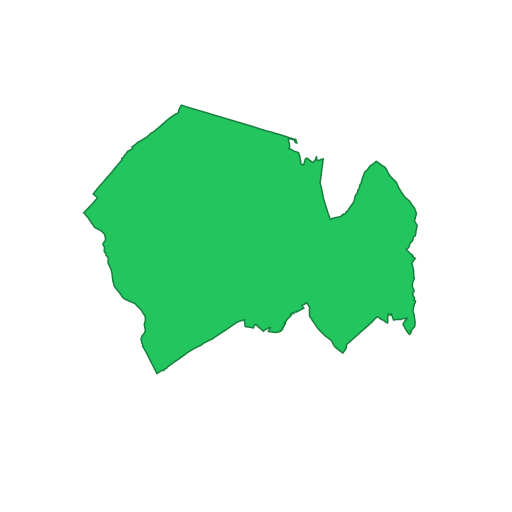 the district of Preutesti, Suceava, Romania, rotated 224°
{"feature_id": "2599482B63843980384548", "entity_name": "Preutesti", "entity_type": "district", "adm_level": 2, "iso_a3": "ROU", "parent_name": "Romania", "parent_adm1": "Suceava", "projection": "mercator", "projection_center": [26.401, 47.454], "detail": "fine", "context": "isolated", "style": "filled", "palette": "green", "viewbox_px": 512, "rotation_deg": 224, "n_neighbors": 0, "source": "geoboundaries", "source_scale": "gbopen_adm2", "svg_char_len": 6093}
<svg xmlns="http://www.w3.org/2000/svg" viewBox="0 0 512 512"><g transform="rotate(224 256 256)"><path d="M275.1,372.5L276.2,371.0L276.8,368.9L279.1,367.1L280.9,369.2L281.4,369.2L280.3,367.0L280.1,366.2L280.1,364.8L279.9,362.9L281.2,362.5L287.4,361.8L287.9,360.1L285.0,354.6L287.8,353.3L289.6,355.2L291.8,356.5L294.2,358.5L295.2,358.6L295.6,359.2L297.2,359.8L298.1,359.6L301.6,357.7L303.0,357.4L303.9,357.4L305.5,356.8L306.9,355.9L307.1,356.0L307.3,357.0L307.8,358.0L308.6,358.8L310.4,360.2L312.3,361.3L314.0,362.7L314.0,362.9L313.6,363.3L312.3,364.3L308.8,366.1L306.9,365.1L305.6,365.3L305.1,365.7L305.3,365.9L306.4,366.2L307.6,367.1L308.4,367.5L308.7,367.4L309.5,366.6L324.2,359.4L327.4,357.6L331.8,355.4L335.0,353.4L350.8,345.6L377.4,331.7L378.9,331.1L381.4,329.6L390.7,324.9L404.9,317.4L406.8,316.5L414.5,312.6L414.1,311.0L413.0,307.6L411.9,306.0L411.4,305.0L411.7,304.0L412.3,302.7L413.7,296.5L414.4,290.9L415.3,279.9L416.1,273.3L416.7,272.2L416.9,271.4L416.9,269.8L417.2,265.1L417.6,264.2L419.0,258.5L419.9,256.4L419.9,255.2L420.2,252.9L420.9,248.1L419.4,247.6L420.1,244.5L420.8,243.3L421.0,242.2L420.9,240.8L420.5,239.7L420.4,239.1L420.5,237.0L419.9,235.9L419.9,235.4L420.2,233.6L420.4,233.1L419.2,231.7L419.1,231.3L418.5,220.4L418.1,217.6L417.7,211.7L417.8,209.8L417.4,205.0L416.9,194.6L416.2,187.5L410.4,187.9L410.0,180.3L409.9,170.6L410.0,169.3L409.8,167.3L408.8,167.6L406.9,167.1L404.0,167.0L395.2,165.1L392.1,164.6L390.8,164.8L386.0,166.2L384.3,166.5L380.4,166.5L378.2,165.4L375.8,163.4L375.4,162.9L375.0,161.6L375.0,160.0L374.4,158.2L373.6,157.8L372.6,157.6L371.2,157.0L369.6,155.3L369.3,155.1L368.3,153.7L366.0,153.5L365.3,153.2L364.3,152.4L361.4,152.2L360.6,151.7L358.1,148.6L356.6,147.8L350.9,145.7L347.3,143.3L341.6,138.6L341.1,138.4L337.4,136.0L333.5,135.3L327.2,134.5L323.6,133.6L322.0,133.6L320.3,133.9L310.0,137.7L306.8,137.5L302.0,137.6L293.6,135.5L290.9,132.9L290.1,131.5L289.3,129.7L288.9,129.2L284.0,125.7L283.5,124.7L283.0,123.7L282.5,121.4L282.5,119.7L282.2,118.7L281.5,117.2L281.0,116.4L277.8,114.2L276.4,113.8L275.7,113.5L275.4,113.0L275.4,112.6L267.0,110.0L245.6,102.6L244.1,108.4L243.9,108.7L243.3,109.0L242.8,110.0L243.1,111.4L242.3,113.1L242.6,114.3L241.5,121.3L239.9,128.5L238.2,138.6L238.1,139.5L235.9,147.6L235.3,148.9L234.8,150.6L233.9,152.6L233.5,153.9L233.1,156.8L231.5,161.6L230.5,164.3L229.9,165.3L229.2,169.3L226.9,179.4L223.8,194.4L223.2,196.1L222.4,197.9L220.0,202.0L218.0,200.3L214.7,197.7L211.8,199.9L207.9,202.4L208.7,204.0L208.8,206.8L203.6,206.6L203.2,206.9L198.4,207.0L198.3,208.4L198.0,209.8L196.8,213.5L196.1,214.6L195.9,214.7L195.7,214.6L195.0,210.6L194.8,210.3L194.6,210.3L189.9,213.7L188.9,214.6L187.0,216.7L186.8,218.3L185.9,219.0L185.9,219.5L186.3,219.8L186.4,220.2L186.3,220.6L185.9,221.7L186.0,221.9L186.3,221.8L186.7,221.9L186.7,222.5L186.8,222.8L187.0,223.0L186.8,223.7L187.4,224.1L187.4,224.3L187.1,224.5L187.2,225.0L187.8,225.7L187.8,226.1L187.6,226.4L187.6,226.8L187.8,227.2L187.7,227.5L187.7,227.9L189.1,227.8L189.5,227.9L189.5,228.4L188.9,228.8L189.0,230.2L189.5,231.7L189.4,232.2L189.6,234.0L189.5,234.8L189.3,235.3L189.4,235.7L189.6,236.0L189.6,236.4L189.5,237.2L189.5,237.6L190.3,237.6L190.5,237.7L190.6,237.9L190.5,238.2L189.9,238.5L190.0,239.1L190.6,239.9L190.6,240.2L190.5,240.3L189.1,240.5L189.0,241.5L188.4,244.5L187.9,244.1L185.3,251.6L188.7,252.3L187.1,256.5L187.6,256.7L187.0,257.6L186.6,257.3L185.0,257.3L183.2,256.5L181.5,256.3L180.0,254.1L178.6,252.8L176.3,250.5L175.8,250.0L175.2,249.7L173.8,249.7L170.8,248.8L166.9,248.1L163.8,247.4L159.9,246.7L150.9,246.6L143.5,247.6L142.8,247.5L137.3,245.6L135.5,245.5L133.3,245.6L126.1,246.5L126.8,251.6L127.1,252.4L127.7,253.2L128.2,253.6L129.3,255.2L127.4,279.9L127.0,283.8L126.7,289.4L126.8,291.5L126.7,296.3L125.8,296.9L121.7,297.4L119.4,298.4L116.5,298.6L114.9,299.1L115.2,299.9L118.4,303.0L119.6,304.9L120.5,305.8L119.6,306.9L118.9,306.7L118.3,306.7L118.0,307.1L118.0,307.5L118.1,308.2L112.6,305.5L112.1,306.0L111.8,306.6L109.6,309.3L107.6,310.9L107.1,312.8L105.0,314.7L104.8,315.8L104.5,316.1L103.9,316.0L103.7,315.8L103.8,313.1L103.6,312.0L103.3,310.3L103.0,309.4L102.6,308.9L98.4,307.5L95.5,306.9L95.3,306.6L91.4,306.2L91.5,306.4L91.4,306.7L91.0,307.1L91.0,307.8L91.6,309.1L91.8,309.2L92.5,309.2L92.7,309.4L92.3,310.4L92.7,311.5L92.8,312.6L92.7,314.7L93.0,315.7L95.3,318.7L101.5,323.6L105.2,325.7L106.2,327.6L107.3,328.5L107.5,329.8L107.8,330.3L108.6,331.0L108.9,331.8L109.0,332.9L110.1,334.6L110.4,334.6L111.6,334.0L112.5,335.7L113.5,336.2L114.8,336.4L116.6,337.3L117.6,338.4L117.9,338.9L117.5,340.0L118.2,340.7L119.5,341.6L122.6,342.7L124.5,345.2L125.7,347.7L126.4,349.5L126.8,350.1L128.5,351.0L130.8,353.4L133.2,355.5L137.0,357.9L137.8,358.6L138.9,358.9L139.1,359.5L139.7,364.9L142.1,364.7L143.1,364.2L143.6,365.4L146.8,365.0L152.6,365.0L152.7,365.6L152.2,366.6L152.1,367.8L152.3,368.6L152.5,369.5L153.1,370.3L153.8,371.7L153.9,372.9L153.9,375.1L154.1,376.2L155.4,378.0L155.9,379.0L156.0,379.5L155.9,380.1L155.6,380.7L155.5,381.1L157.0,383.7L157.6,384.1L158.0,384.5L159.0,386.6L159.8,387.5L160.1,388.3L160.9,389.5L161.8,390.1L162.4,390.3L163.3,390.4L165.4,391.1L166.5,391.3L166.8,391.7L167.2,393.1L168.4,394.8L169.6,397.2L169.8,397.8L174.9,400.4L176.7,400.8L178.5,400.9L182.2,401.9L183.9,402.1L189.8,401.8L191.3,402.0L196.9,403.2L201.5,404.5L203.6,405.5L206.5,406.5L213.9,406.6L215.7,406.8L218.5,407.5L222.3,408.9L224.5,409.3L225.5,409.4L227.8,408.7L232.5,408.2L235.3,407.6L235.5,406.5L235.7,402.9L236.5,400.4L236.4,399.4L236.1,397.5L235.8,394.4L236.1,392.0L233.2,385.3L231.4,382.2L231.0,381.2L230.9,380.2L230.6,379.1L228.8,376.6L228.6,374.7L228.4,374.1L226.8,371.3L226.5,368.6L225.6,366.9L223.4,363.4L223.2,362.7L222.9,361.0L222.2,355.2L221.3,352.0L221.6,350.8L221.9,350.2L221.8,349.9L221.2,349.4L221.2,349.1L221.1,348.7L221.3,347.8L222.0,347.3L221.8,346.6L222.5,345.9L222.6,345.7L222.4,345.1L222.5,343.4L223.1,342.5L223.8,341.1L224.6,340.0L226.0,338.1L226.3,337.2L227.3,335.9L227.4,334.3L227.8,334.0L228.4,334.1L231.0,335.5L232.0,335.8L247.4,344.2L256.0,350.3L258.8,352.0L260.2,352.5L275.1,372.5Z" fill="#22c55e" stroke="#15803d" stroke-width="1.5"/></g></svg>